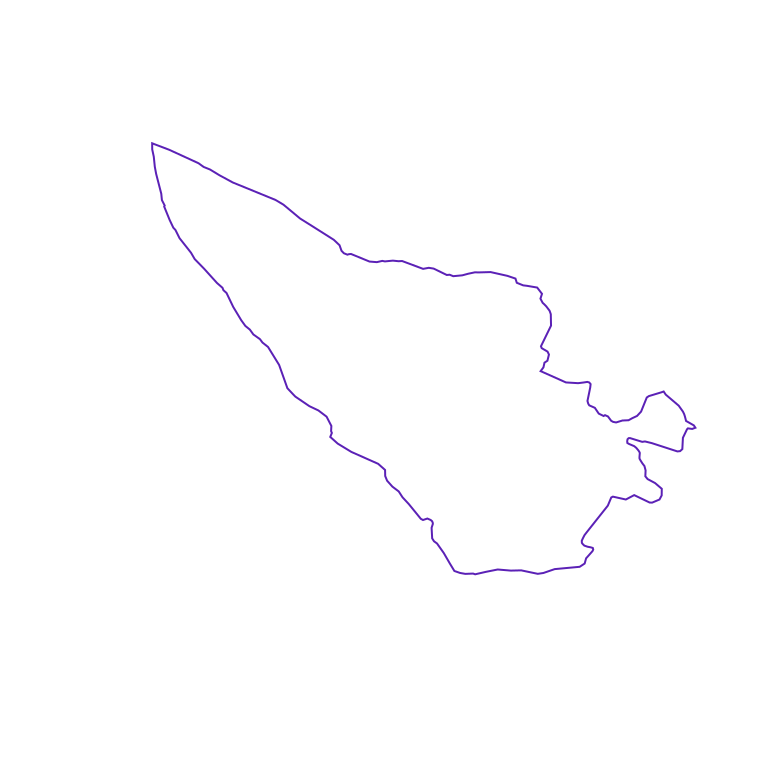 Siquinalá, Escuintla, Guatemala, rotated 292°
{"feature_id": "79465075B25163774414820", "entity_name": "Siquinalá", "entity_type": "district", "adm_level": 2, "iso_a3": "GTM", "parent_name": "Guatemala", "parent_adm1": "Escuintla", "projection": "equal_earth", "projection_center": [-90.935, 14.363], "detail": "fine", "context": "isolated", "style": "outline", "palette": "violet", "viewbox_px": 768, "rotation_deg": 292, "n_neighbors": 0, "source": "geoboundaries", "source_scale": "gbopen_adm2", "svg_char_len": 2905}
<svg xmlns="http://www.w3.org/2000/svg" viewBox="0 0 768 768"><g transform="rotate(292 384 384)"><path d="M520.3,78.9L514.7,81.2L512.2,82.9L508.5,85.4L499.6,90.1L498.5,90.8L493.5,94.0L477.0,106.2L471.3,109.2L467.3,113.8L466.2,113.7L455.8,123.8L450.0,130.1L448.7,132.9L442.6,139.8L433.4,155.9L428.9,161.7L423.5,174.0L415.1,191.3L412.7,198.2L410.8,200.0L409.4,203.9L399.0,215.3L389.6,227.8L385.9,233.7L384.2,239.2L381.0,244.3L379.1,252.2L376.9,255.8L374.9,262.6L362.4,279.6L343.9,296.0L340.3,303.8L339.1,306.5L335.5,323.1L334.9,333.1L332.2,343.0L325.4,350.9L320.5,352.6L319.1,354.0L314.8,354.0L311.4,363.4L308.8,379.2L307.8,408.5L304.7,417.2L299.1,419.6L295.5,423.1L292.0,430.2L289.9,437.9L285.9,443.6L282.0,451.9L272.8,468.6L272.5,471.1L275.5,474.6L275.4,478.2L274.8,480.0L273.7,481.1L272.6,481.7L268.5,482.0L258.9,486.5L256.9,489.3L256.0,492.9L249.7,502.7L242.3,512.2L237.0,519.3L237.3,525.3L238.4,530.5L241.6,537.6L241.7,539.8L248.1,549.0L254.6,558.9L258.5,571.5L262.6,581.0L265.6,597.7L268.5,602.6L276.3,611.6L287.8,633.9L292.7,637.3L298.1,636.7L307.1,639.9L308.9,640.0L310.2,639.0L310.0,636.8L309.4,633.8L309.2,630.3L310.1,628.1L310.8,627.0L312.7,626.1L315.4,626.2L318.9,626.5L322.5,627.5L355.1,637.1L363.9,637.2L365.3,638.4L367.5,651.5L374.7,657.6L373.6,674.7L374.5,677.1L380.1,682.7L384.7,683.2L390.9,680.8L393.7,672.4L394.6,664.0L396.3,660.9L401.9,658.9L405.5,656.2L407.2,653.3L409.2,650.5L410.5,648.9L411.8,648.3L415.9,647.0L416.8,646.1L417.8,644.6L419.3,641.8L420.1,639.3L420.2,633.5L420.5,631.7L422.1,630.9L424.0,630.5L425.4,631.1L426.0,632.3L427.1,645.1L428.5,647.5L429.5,654.4L431.4,681.3L432.7,683.7L435.4,685.0L446.1,681.3L455.5,681.9L456.7,682.4L457.8,686.6L460.1,689.1L461.7,686.8L462.9,677.9L465.1,676.3L466.7,675.1L468.5,673.6L470.4,671.5L474.3,665.4L479.7,649.2L481.8,646.1L480.2,644.3L472.0,634.1L469.9,632.7L454.7,632.7L449.2,630.6L445.3,627.0L442.0,624.3L439.5,618.8L435.3,613.6L434.7,610.6L435.0,608.4L437.8,603.8L437.9,600.6L436.6,599.6L437.0,594.2L440.9,588.4L441.1,582.3L442.3,580.7L444.5,579.0L453.8,577.3L458.1,576.5L461.3,575.6L462.3,573.7L462.1,571.7L461.3,570.4L460.0,568.2L457.5,563.7L453.6,552.1L454.6,524.4L459.2,525.6L463.9,524.8L466.8,526.8L473.1,525.9L475.3,523.5L476.3,516.8L477.8,515.4L500.7,517.0L511.2,512.5L512.7,511.2L514.0,510.0L516.8,505.3L518.0,502.6L518.7,500.7L521.7,497.1L526.8,496.7L530.8,489.9L528.6,479.8L527.6,476.1L527.6,469.2L531.0,466.4L530.5,457.9L527.7,440.9L523.2,430.6L522.3,428.3L521.5,426.3L517.8,420.8L514.1,415.9L509.9,407.8L509.9,403.9L508.6,401.4L509.6,386.8L508.5,382.0L505.4,377.1L504.8,354.7L503.3,351.5L501.7,346.0L498.0,338.9L497.5,336.3L494.3,331.7L492.1,324.7L492.2,304.7L491.2,302.8L490.2,301.6L490.2,297.8L491.6,294.7L496.0,290.8L498.9,283.4L502.7,262.6L506.0,244.2L512.6,223.6L514.0,214.5L514.2,168.3L515.9,153.3L517.7,142.3L517.7,135.4L519.2,129.4L520.7,97.1L520.3,78.9Z" fill="none" stroke="#5b21b6" stroke-width="2"/></g></svg>